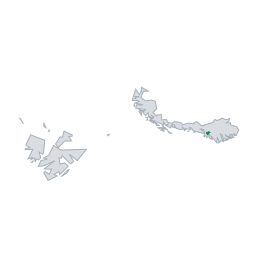 Rindal nor, Møre og Romsdal, Norway (highlighted), rotated 252°
{"feature_id": "86288312B78124054872734", "entity_name": "Rindal nor", "entity_type": "district", "adm_level": 2, "iso_a3": "NOR", "parent_name": "Norway", "parent_adm1": "Møre og Romsdal", "projection": "mercator", "projection_center": [9.312, 63.003], "detail": "fine", "context": "in_parent", "style": "filled", "palette": "green", "viewbox_px": 256, "rotation_deg": 252, "n_neighbors": 0, "source": "geoboundaries", "source_scale": "gbopen_adm2", "svg_char_len": 4266}
<svg xmlns="http://www.w3.org/2000/svg" viewBox="0 0 256 256"><g transform="rotate(252 128 128)"><path d="M135.0,156.6L130.7,158.7L131.4,160.1L130.2,164.1L125.3,162.5L124.2,167.2L120.8,167.7L118.9,171.4L119.7,174.2L117.0,179.8L114.2,181.1L114.0,187.0L111.6,192.1L112.8,192.9L112.8,195.4L107.2,198.7L107.1,210.8L109.3,213.1L107.6,215.2L108.1,220.6L105.7,223.6L105.6,227.5L103.2,226.0L102.5,222.6L101.3,227.0L99.5,226.4L95.4,231.9L91.9,232.6L87.5,228.6L87.8,227.0L89.2,227.8L90.0,227.1L88.6,226.5L90.1,223.8L86.4,225.8L86.9,223.4L89.6,222.3L88.2,222.1L89.4,219.9L91.9,218.2L89.4,219.2L86.4,223.4L86.6,220.7L88.0,220.5L86.4,218.6L87.9,217.1L86.3,217.5L86.0,215.0L92.0,215.5L93.7,214.0L86.3,214.1L87.0,212.3L85.8,209.8L89.0,210.4L91.1,209.9L86.4,208.0L95.1,204.4L91.1,204.5L93.6,202.0L96.7,203.7L95.3,201.6L96.6,198.7L103.0,199.6L105.1,196.0L100.9,199.3L99.5,198.0L105.2,189.3L108.2,188.5L109.4,186.8L107.1,187.2L109.7,182.4L109.0,181.3L112.7,179.9L110.0,180.4L110.3,177.3L112.9,173.7L116.8,173.1L113.9,172.6L115.4,170.2L117.3,172.0L117.6,170.6L115.0,168.4L118.5,165.1L119.4,167.8L119.1,164.4L123.1,163.5L120.0,162.7L124.7,157.5L125.2,154.9L127.0,156.2L126.2,154.7L129.4,152.1L129.3,155.3L131.3,150.9L130.6,156.0L132.5,154.5L132.2,151.1L136.2,151.8L134.3,148.4L138.3,147.1L140.2,150.5L144.4,141.5L147.4,143.2L145.2,149.5L149.6,142.3L149.8,146.8L151.0,145.9L152.8,140.7L155.1,141.8L153.7,144.4L154.8,144.5L154.5,148.2L156.4,142.8L162.7,147.4L156.3,149.1L159.0,152.6L162.6,153.4L156.8,158.7L157.9,154.9L157.3,153.2L153.2,149.8L148.3,153.0L147.3,158.9L144.9,162.2L137.4,161.1L135.0,156.6ZM119.2,30.9L123.9,35.1L123.4,41.9L125.6,38.3L126.4,43.9L134.4,51.9L127.8,57.3L120.6,81.9L112.6,69.6L121.2,64.2L112.9,66.0L111.6,62.4L122.0,56.8L119.8,55.5L120.8,53.1L114.6,52.2L114.5,56.8L110.1,59.4L104.8,48.7L107.9,48.7L106.6,43.4L104.3,45.9L102.8,35.8L111.7,34.1L112.4,35.7L108.3,38.9L112.5,42.6L115.0,35.7L119.5,48.3L118.0,36.6L119.2,30.9ZM129.5,23.4L137.1,30.9L139.2,23.5L140.1,24.3L139.5,28.5L143.3,25.6L151.6,33.3L142.0,44.9L130.7,40.2L129.4,38.6L132.6,36.0L126.6,35.8L125.2,32.9L126.9,31.1L124.2,29.3L128.4,29.7L127.9,26.0L129.6,27.8L129.5,23.4ZM135.1,54.1L140.5,60.7L139.5,62.9L144.8,66.2L138.6,72.8L137.5,72.3L138.3,69.0L133.1,70.3L135.2,63.9L131.0,55.9L135.1,54.1ZM117.8,162.4L120.1,161.2L113.4,165.4L116.8,162.0L117.0,158.5L118.9,156.6L117.8,162.4ZM121.5,155.8L124.6,155.5L120.9,158.3L121.5,155.8ZM124.6,153.8L129.2,150.2L126.7,154.0L124.6,153.8ZM102.4,49.5L106.2,56.5L107.0,59.5L104.1,56.1L102.4,49.5ZM115.7,158.8L116.2,162.0L113.7,161.2L115.7,158.8ZM140.5,143.2L138.7,145.7L136.2,144.6L139.1,144.1L140.5,143.2ZM140.8,145.0L140.0,147.8L138.9,147.0L140.8,145.0ZM110.5,165.6L112.9,164.9L110.3,166.9L110.5,165.6ZM170.4,28.3L164.3,29.9L170.6,28.0L170.4,28.3ZM155.5,48.5L159.0,49.4L153.6,50.2L155.5,48.5ZM146.0,141.2L147.9,140.6L148.5,141.2L146.0,141.2ZM142.0,144.2L141.6,145.8L141.1,144.5L142.0,144.2ZM132.3,148.4L132.2,149.9L131.5,149.4L132.3,148.4ZM127.9,106.3L127.7,108.2L126.8,106.7L127.9,106.3ZM151.0,52.6L149.4,52.2L149.3,51.3L151.0,52.6ZM103.8,189.3L104.3,190.3L103.0,190.1L103.8,189.3ZM129.1,148.1L130.1,148.6L130.6,149.5L129.1,148.1ZM125.3,25.5L126.0,27.5L124.9,26.8L125.3,25.5ZM97.2,198.0L95.7,198.1L97.3,197.6L97.2,198.0ZM95.1,199.6L94.5,200.3L94.3,199.9L95.1,199.6ZM109.9,167.2L109.1,168.3L110.0,166.5L109.9,167.2ZM86.1,218.9L86.0,220.1L85.9,218.6L86.1,218.9ZM108.4,181.5L108.0,180.7L108.5,180.7L108.4,181.5ZM159.4,151.2L159.2,152.4L159.1,152.2L159.4,151.2ZM108.8,182.3L108.0,182.5L109.0,182.1L108.8,182.3ZM106.3,184.2L106.4,185.0L106.0,184.7L106.3,184.2ZM85.7,214.0L85.4,214.7L85.5,214.2L85.7,214.0Z" fill="#d9dde1" stroke="#a8b0b8" stroke-width="1"/><path d="M98.9,201.3L98.7,201.3L98.4,201.4L98.2,201.5L98.3,201.6L98.4,201.8L98.2,201.8L97.9,201.9L97.8,202.0L97.7,202.0L97.8,202.2L98.0,202.1L98.1,202.3L98.1,202.5L98.3,202.5L98.2,202.6L98.3,202.6L98.2,202.6L98.3,202.7L98.3,202.8L98.3,202.7L98.2,202.7L98.2,202.8L98.2,203.0L98.3,203.1L98.6,203.1L98.7,203.3L98.7,203.5L98.8,203.6L98.8,203.8L98.8,204.0L99.1,203.8L99.2,203.6L99.1,203.4L99.1,203.1L99.2,202.8L99.3,202.8L99.2,202.8L99.2,202.7L99.3,202.7L99.5,202.6L99.4,202.6L99.2,202.5L99.2,202.4L99.1,202.2L99.1,201.9L99.2,201.7L98.9,201.4L98.9,201.3Z" fill="#22c55e" stroke="#15803d" stroke-width="1.5"/></g></svg>